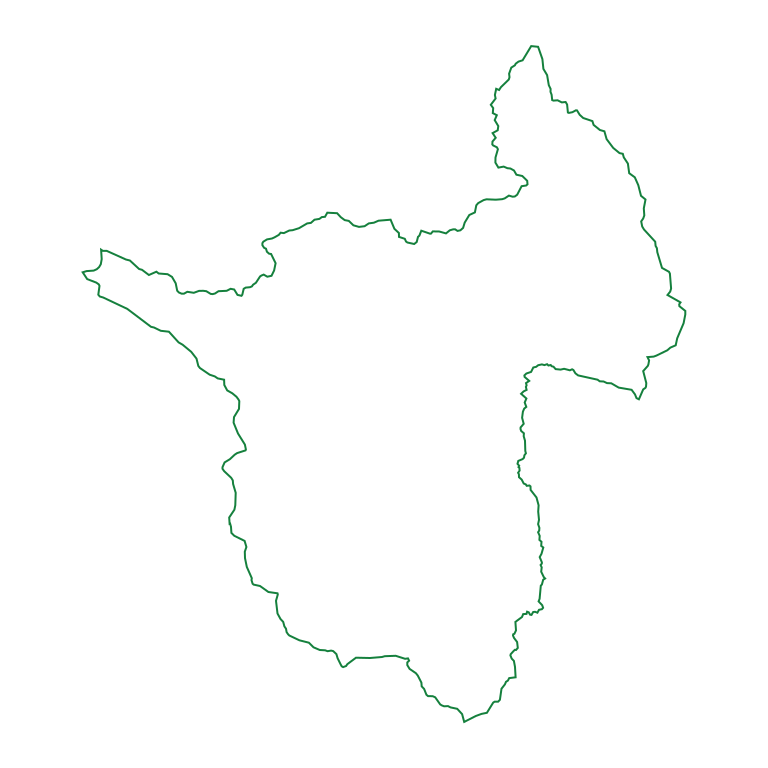 outline of Andes, Antioquia, Colombia
{"feature_id": "7082276B30380127815857", "entity_name": "Andes", "entity_type": "district", "adm_level": 2, "iso_a3": "COL", "parent_name": "Colombia", "parent_adm1": "Antioquia", "projection": "mercator", "projection_center": [-75.916, 5.629], "detail": "fine", "context": "isolated", "style": "outline", "palette": "green", "viewbox_px": 768, "rotation_deg": 0, "n_neighbors": 0, "source": "geoboundaries", "source_scale": "gbopen_adm2", "svg_char_len": 6093}
<svg xmlns="http://www.w3.org/2000/svg" viewBox="0 0 768 768"><path d="M538.1,46.8L531.2,46.1L522.6,60.3L518.5,61.6L515.7,63.7L514.9,65.3L511.3,67.6L509.1,73.7L509.5,77.2L508.8,79.5L500.9,87.2L499.1,90.0L496.2,88.8L494.9,95.0L495.6,98.5L490.8,104.8L493.2,108.1L492.8,113.1L496.8,115.2L494.7,120.1L498.3,126.1L497.7,130.3L492.6,133.1L495.7,137.8L492.5,141.5L492.3,144.4L493.1,145.4L496.9,147.3L497.9,149.2L495.5,157.5L495.4,162.6L498.4,167.6L503.7,166.6L507.4,168.2L510.4,168.5L514.0,170.5L516.4,174.7L522.3,176.0L527.2,180.8L527.5,184.3L526.2,185.5L521.6,186.2L517.2,194.7L514.8,196.5L512.6,196.7L508.9,195.6L504.7,198.4L502.1,199.2L495.8,199.7L486.5,199.3L483.6,200.1L478.2,203.1L476.3,205.3L474.9,212.4L469.3,215.0L464.7,222.6L463.1,227.9L460.4,230.3L457.5,230.9L455.1,229.3L453.3,229.3L449.8,230.3L446.0,233.4L439.2,231.5L432.8,231.4L431.0,233.6L430.1,233.7L421.3,230.7L419.4,235.6L418.0,236.9L416.7,242.0L414.2,244.0L407.4,242.5L406.0,241.5L404.8,238.8L399.0,236.9L398.9,233.0L394.4,228.8L390.6,219.7L378.5,220.7L373.9,222.7L368.8,223.4L364.6,226.2L359.0,226.9L353.4,225.3L348.8,220.9L344.7,220.1L340.8,217.2L337.1,213.2L327.3,212.7L325.0,216.8L321.8,217.1L319.4,218.9L314.5,219.7L310.9,222.9L307.2,223.4L299.0,228.2L292.6,230.2L289.3,230.5L283.9,233.1L280.6,232.7L278.8,234.9L274.6,237.3L272.0,238.5L267.0,239.4L263.3,241.7L262.4,243.2L262.4,245.2L264.1,247.8L266.0,248.7L266.9,251.7L269.1,253.7L271.1,254.0L275.6,263.2L274.1,270.5L271.5,275.8L267.3,276.7L263.7,274.6L261.5,275.5L260.1,276.4L255.9,282.8L253.1,284.7L251.9,286.4L250.0,287.2L245.7,287.6L243.7,288.8L242.3,294.7L241.5,295.8L237.5,294.9L234.2,289.5L230.6,288.8L226.7,290.8L218.5,291.2L215.0,293.5L212.7,294.1L210.7,293.9L206.3,291.2L203.2,290.8L199.0,290.9L193.8,292.8L187.3,291.8L183.9,293.7L181.7,293.7L178.9,292.5L177.2,290.7L175.7,283.3L172.0,276.9L167.6,274.2L158.7,273.5L156.4,271.7L148.9,275.0L142.0,269.8L139.1,269.0L129.9,260.5L125.9,259.5L106.8,250.9L102.9,250.9L101.1,249.7L101.7,259.1L100.8,264.2L99.1,267.1L96.8,269.2L93.7,270.6L86.6,271.1L82.7,272.3L87.2,279.1L96.3,282.6L98.8,284.4L99.5,285.9L98.3,294.7L99.8,296.5L103.2,297.5L127.3,308.9L151.0,326.8L154.0,327.5L160.8,330.8L168.9,331.7L178.6,342.4L182.6,344.7L191.2,351.8L196.5,358.6L198.3,365.9L199.9,368.0L209.7,374.7L214.8,376.4L217.7,378.4L224.1,379.7L224.3,385.0L227.2,390.4L232.3,393.3L236.5,396.8L238.5,399.5L239.3,401.1L239.0,408.9L234.0,417.1L233.6,422.7L238.0,433.5L244.9,444.6L245.9,449.5L245.5,450.4L237.1,453.1L234.7,454.7L229.9,459.2L224.6,462.4L222.5,467.2L222.5,468.8L224.2,471.2L231.2,477.8L232.8,480.4L233.1,484.0L235.7,492.8L235.3,505.2L234.4,509.7L229.2,517.5L229.6,523.8L230.1,523.6L231.0,526.8L231.4,532.9L234.3,535.8L244.6,540.9L246.4,547.0L244.8,551.7L245.0,558.1L246.8,566.9L251.8,578.2L251.5,580.1L252.6,583.7L253.6,584.6L260.0,586.0L268.4,592.0L277.5,593.3L277.8,594.5L276.0,600.8L277.5,613.5L280.5,619.0L283.2,621.9L284.4,626.4L286.0,628.7L286.6,632.1L288.1,634.3L289.3,635.5L299.4,640.3L308.9,642.7L313.5,647.3L319.8,650.0L325.1,650.3L327.6,651.2L331.1,650.6L333.2,651.1L336.4,654.1L337.6,658.2L340.6,664.3L341.7,666.3L343.1,667.1L346.1,666.0L347.3,664.2L356.0,657.7L369.9,658.0L382.0,657.0L384.8,656.2L395.7,655.8L405.1,658.8L408.0,658.4L409.1,660.7L407.3,662.4L407.3,665.1L409.6,668.9L415.9,673.2L417.8,675.6L421.4,682.6L421.7,686.4L424.1,688.9L426.4,694.7L428.0,696.1L432.7,696.2L435.2,697.3L440.2,704.4L441.8,705.4L444.1,706.3L448.0,706.1L450.5,707.4L457.2,708.8L462.1,714.1L464.2,721.9L475.8,716.0L481.5,713.9L486.9,712.8L493.2,702.6L494.6,701.7L498.1,701.7L499.9,699.8L501.5,688.7L504.9,684.4L506.0,681.8L507.9,680.6L509.2,678.1L515.6,677.3L515.0,666.9L513.9,660.9L511.7,658.6L510.4,655.4L510.7,654.2L513.7,650.9L514.9,649.8L516.0,650.0L517.8,647.9L517.1,642.0L514.0,637.9L513.0,635.5L513.2,634.3L514.4,633.8L516.0,630.4L515.4,621.9L522.0,617.0L523.2,614.1L526.5,613.9L527.1,611.7L528.7,612.3L530.1,614.7L531.5,614.9L533.2,612.0L535.1,611.8L537.4,612.7L539.0,609.8L541.9,609.2L543.1,607.8L542.2,605.2L538.6,601.4L539.6,598.8L540.8,585.7L541.9,584.5L543.2,579.7L545.1,578.5L543.8,577.1L541.2,571.7L541.7,567.4L540.6,565.0L541.8,563.6L541.9,562.4L539.7,557.1L541.5,553.8L543.3,547.5L541.2,545.9L541.5,541.8L539.4,539.9L539.7,535.9L538.1,532.2L539.2,530.6L539.4,527.9L538.1,524.1L539.0,519.9L538.2,511.6L538.6,505.3L536.5,497.5L530.6,489.9L530.5,486.4L529.5,485.5L526.7,485.8L525.8,484.4L523.7,483.5L521.7,479.6L519.0,477.2L518.9,474.2L518.1,472.8L519.6,470.6L519.4,467.9L518.5,467.1L519.2,465.8L517.5,463.8L518.3,460.9L522.6,459.1L524.0,457.7L524.4,455.3L525.9,453.3L525.3,451.0L525.0,440.7L523.7,436.2L523.9,433.3L521.2,431.0L520.5,429.0L520.6,427.4L523.7,423.8L522.1,417.8L522.9,411.7L524.2,408.6L526.3,406.9L524.7,402.5L526.4,398.5L521.1,393.8L523.6,391.4L526.6,389.9L525.9,386.9L526.6,385.3L526.0,383.1L529.2,380.9L524.6,376.9L524.4,375.4L526.4,373.5L531.1,371.9L533.3,367.5L536.2,366.8L538.2,365.2L541.9,364.4L544.4,365.1L547.1,364.2L548.4,365.5L550.7,365.0L551.6,366.2L553.5,366.7L555.6,369.1L560.6,369.6L564.1,368.8L569.9,370.3L572.1,369.3L573.4,370.0L575.4,373.3L578.1,375.4L597.6,379.7L599.7,381.3L603.6,381.5L607.0,383.1L611.3,383.3L618.7,387.6L631.6,389.8L635.0,394.4L636.5,398.1L638.9,399.3L643.2,389.4L645.4,387.9L646.0,386.7L646.3,383.1L643.2,371.1L647.8,365.9L648.4,364.4L649.1,360.4L647.5,357.1L653.7,356.6L656.4,355.6L667.3,350.3L670.4,347.6L675.7,345.3L677.2,338.3L683.6,323.2L685.3,314.5L685.3,310.9L679.4,306.2L679.2,304.3L680.5,302.4L667.5,295.0L670.2,291.6L671.1,288.5L669.9,273.6L669.0,271.8L662.0,267.9L657.3,252.2L656.9,248.2L655.6,245.9L655.2,241.7L644.0,229.5L642.2,226.5L641.2,221.4L643.2,218.5L644.3,215.4L643.8,208.4L645.5,199.5L641.0,195.8L638.3,185.2L634.8,177.3L629.2,173.2L627.9,163.6L623.8,157.4L622.8,153.8L619.5,153.1L613.2,147.9L606.6,139.1L604.4,131.3L599.9,130.0L593.6,124.9L592.4,121.1L583.2,118.0L579.7,114.8L577.0,110.4L575.9,110.3L572.4,112.2L568.9,112.9L567.9,112.5L567.1,104.5L565.6,102.0L561.8,102.4L557.6,100.3L553.5,100.6L552.2,100.1L551.6,94.7L550.5,91.8L550.6,88.9L548.8,85.2L547.1,75.1L543.4,68.9L542.4,59.1L538.1,46.8Z" fill="none" stroke="#15803d" stroke-width="2"/></svg>